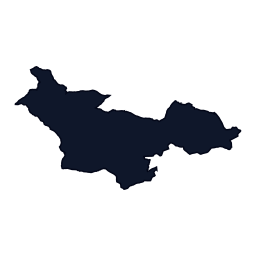 Sovarna, Mehedinti, Romania (orthographic projection)
{"feature_id": "2599482B60135611715563", "entity_name": "Sovarna", "entity_type": "district", "adm_level": 2, "iso_a3": "ROU", "parent_name": "Romania", "parent_adm1": "Mehedinti", "projection": "orthographic", "projection_center": [22.8, 44.85], "detail": "fine", "context": "isolated", "style": "filled", "palette": "ink", "viewbox_px": 256, "rotation_deg": 0, "n_neighbors": 0, "source": "geoboundaries", "source_scale": "gbopen_adm2", "svg_char_len": 5796}
<svg xmlns="http://www.w3.org/2000/svg" viewBox="0 0 256 256"><path d="M155.0,175.5L153.7,172.3L155.1,170.3L156.3,169.8L156.8,170.2L156.5,167.1L154.3,168.2L153.2,168.5L151.8,169.1L149.2,170.8L147.6,171.4L147.3,170.8L147.3,170.3L147.1,169.7L148.0,169.2L147.9,168.3L148.6,167.1L147.9,165.0L148.8,164.5L149.0,163.4L149.4,162.4L149.4,161.1L149.8,160.8L150.0,159.9L149.4,159.7L148.0,160.0L147.6,159.9L147.0,159.3L144.8,159.2L143.9,156.5L146.3,156.2L152.1,156.1L153.4,155.7L153.9,154.4L156.1,153.5L157.1,153.6L158.3,154.3L160.1,155.8L161.3,155.4L161.6,154.9L163.0,150.9L168.6,148.8L167.7,146.0L168.3,144.7L170.8,142.6L173.5,143.7L174.3,144.3L175.8,145.7L177.7,145.9L179.2,146.6L180.3,146.9L181.1,146.8L181.7,147.0L183.0,146.7L183.5,147.2L184.0,149.4L185.5,150.8L186.4,151.3L188.1,152.9L189.9,154.2L190.4,153.9L192.7,153.2L194.2,153.0L196.9,152.3L198.4,152.7L199.1,153.3L200.2,154.0L200.9,154.1L202.8,153.4L206.9,152.4L208.1,151.7L211.3,147.9L214.2,147.6L215.2,147.4L215.9,147.1L218.1,147.0L219.9,146.4L222.7,146.8L225.1,148.0L227.4,148.5L227.9,149.1L228.4,149.2L229.1,149.5L230.2,149.0L230.6,148.7L230.8,147.6L231.6,147.0L231.2,146.6L231.4,146.0L231.4,144.8L231.3,144.3L231.3,143.1L230.9,142.1L229.9,140.7L229.8,140.3L237.8,136.1L237.7,134.6L237.8,134.0L238.5,133.1L240.1,131.7L240.6,130.9L240.1,130.2L238.5,129.9L237.7,129.3L237.0,128.6L236.5,127.6L236.0,127.3L234.8,127.5L234.3,127.9L233.3,127.4L232.5,127.4L231.3,129.3L229.6,129.4L227.8,129.7L226.5,129.7L225.4,129.5L224.8,128.4L223.8,127.6L221.9,122.9L219.1,118.1L219.0,117.8L216.1,114.1L214.4,112.7L214.0,113.2L214.6,113.8L214.3,113.9L213.5,113.5L213.4,112.9L212.9,113.0L210.6,112.6L209.1,112.6L207.9,111.6L203.8,110.5L200.8,110.5L196.6,108.9L194.6,109.1L194.4,107.7L191.6,106.5L191.9,104.9L188.9,103.2L186.9,103.7L186.4,104.5L185.8,104.4L184.9,104.7L184.6,104.6L184.0,104.8L182.6,104.3L181.7,104.6L181.4,104.2L180.4,103.9L180.8,103.3L178.8,103.4L178.1,102.3L176.8,102.2L176.1,101.5L175.9,101.0L175.2,100.9L174.4,101.9L173.9,102.1L173.5,102.8L172.8,103.1L171.6,104.7L170.8,105.8L170.7,106.6L170.1,107.3L169.8,107.4L169.2,108.3L168.3,108.8L167.0,111.0L166.5,113.9L166.1,114.2L165.9,115.3L165.2,117.4L164.8,118.3L163.9,118.7L163.4,119.2L161.8,119.9L159.0,121.5L157.4,120.2L156.3,120.0L155.1,120.5L153.9,120.5L152.8,119.9L152.3,119.1L151.4,119.0L149.5,118.4L146.6,118.4L145.9,118.2L143.9,118.5L140.8,117.7L137.5,116.3L136.0,116.0L135.1,115.6L130.6,112.9L129.3,112.6L128.0,112.0L127.0,111.8L126.3,111.5L124.8,111.7L124.0,111.2L124.1,110.9L123.2,111.1L122.1,110.8L118.4,111.1L116.4,111.1L115.6,110.8L115.4,110.4L114.3,110.2L113.5,110.3L113.3,110.0L112.9,110.3L112.8,109.9L112.5,110.0L110.9,111.1L109.0,112.0L108.9,112.2L108.9,112.6L108.6,112.7L108.3,112.8L107.9,112.5L106.8,112.1L105.1,112.0L102.1,110.6L101.1,109.5L100.5,109.3L99.7,109.0L99.0,108.9L98.5,109.0L97.5,108.8L95.6,107.9L98.2,106.0L99.2,104.9L100.8,104.0L102.3,102.2L103.6,101.0L103.8,100.7L103.9,99.9L104.5,99.0L105.8,98.0L107.7,97.2L108.9,96.4L109.9,95.5L107.1,95.2L105.3,95.8L104.1,95.6L102.0,95.1L101.0,94.7L100.3,94.2L99.0,93.4L98.4,92.9L96.7,91.6L94.5,90.7L92.7,90.3L88.6,91.2L85.2,91.3L83.0,90.9L80.3,91.1L79.7,91.5L79.2,91.7L77.1,91.9L75.5,92.2L74.4,92.0L72.4,92.3L72.2,92.1L71.8,92.0L71.1,92.1L69.7,91.9L67.1,92.5L66.1,93.3L66.3,91.8L66.3,91.6L65.2,90.3L65.2,90.1L65.6,89.8L65.9,89.0L66.4,88.5L66.0,87.3L65.4,87.2L63.5,85.6L62.9,85.3L62.1,85.1L60.1,85.2L58.0,84.2L57.6,84.0L54.7,80.2L53.2,79.5L53.3,78.5L52.8,77.1L51.6,75.1L51.1,74.1L50.5,71.4L49.9,70.7L48.9,70.2L47.5,69.9L47.0,69.9L45.6,70.3L44.2,70.0L42.7,70.1L41.7,69.5L40.3,68.8L39.0,68.6L38.2,67.7L36.6,66.8L36.3,66.8L34.6,67.5L33.6,68.4L30.6,69.8L30.9,70.5L31.2,72.1L31.9,73.3L33.4,74.6L34.1,74.9L35.0,75.9L36.5,76.7L36.8,76.7L37.8,79.5L38.8,80.9L39.2,81.4L39.6,81.5L39.8,81.9L39.2,82.3L39.6,82.7L38.4,83.7L38.1,84.3L38.0,86.1L38.1,87.0L38.0,87.7L37.2,88.2L36.9,89.2L36.9,89.8L36.3,89.9L35.4,89.5L33.8,89.6L32.0,89.5L31.3,89.8L30.6,89.7L29.8,90.1L29.5,90.5L29.2,92.2L28.6,92.7L28.6,93.2L28.2,93.3L28.2,93.6L28.1,94.1L26.7,95.0L24.4,97.4L23.2,97.8L18.9,100.6L17.9,101.9L17.4,102.3L17.2,102.7L15.7,103.6L15.4,104.0L15.4,104.4L17.8,104.5L18.5,104.4L19.0,104.1L21.2,103.4L22.1,103.6L23.4,104.6L24.0,104.8L25.7,104.7L26.4,104.9L27.3,106.5L28.9,108.0L28.9,109.8L29.3,110.4L30.2,112.4L32.1,113.6L32.4,113.9L32.5,114.2L32.9,114.5L34.5,115.1L34.9,115.7L35.3,116.0L37.3,115.9L37.6,116.1L39.6,118.6L40.6,120.3L40.9,120.7L43.2,121.5L43.5,121.8L44.1,123.3L44.2,124.0L44.7,124.5L45.5,125.1L46.7,125.3L47.6,125.8L48.0,125.8L48.6,126.0L50.1,127.7L50.4,128.5L50.3,129.0L51.7,129.8L52.6,130.1L54.7,131.3L56.8,133.5L58.1,135.3L58.9,135.9L60.8,138.9L61.0,139.8L61.0,140.8L61.4,141.7L61.4,142.5L61.1,144.5L60.6,145.2L60.2,146.5L59.6,146.8L59.6,147.0L61.1,150.2L62.4,151.2L63.8,151.7L63.9,152.1L64.9,152.5L65.2,152.8L64.3,153.2L65.2,155.0L64.9,156.0L64.0,157.6L62.9,158.8L62.1,161.0L61.8,163.2L61.9,164.7L61.6,165.5L61.6,166.0L62.2,168.4L63.5,168.6L64.6,168.3L65.7,168.4L67.5,168.2L72.0,169.4L76.2,169.6L77.1,169.9L77.7,170.4L78.9,170.5L79.8,171.1L80.7,170.8L82.7,171.1L83.7,171.6L86.8,171.8L88.0,172.1L90.1,172.2L90.3,172.4L91.2,172.3L91.7,172.4L91.9,172.2L92.9,172.0L93.2,171.7L93.8,171.6L95.1,171.2L96.4,171.2L97.7,170.6L98.4,170.6L99.5,169.8L100.4,169.7L101.0,169.2L103.9,168.3L104.3,168.6L105.2,168.4L105.7,168.8L105.9,168.7L108.0,170.6L109.7,171.7L113.7,173.8L115.7,175.3L116.6,176.6L116.7,178.9L116.6,179.7L116.7,180.5L116.9,181.0L116.8,181.7L120.4,183.5L120.9,185.4L121.0,187.1L121.3,187.4L123.5,188.4L123.6,188.7L124.0,189.2L125.2,189.0L127.6,188.2L129.2,186.3L130.2,185.7L131.6,185.4L132.0,185.1L133.2,184.9L136.1,183.3L137.8,182.9L139.3,182.8L140.3,182.4L142.1,182.0L143.2,181.6L144.2,180.5L147.9,180.7L150.5,180.6L151.7,177.9L152.4,176.9L153.0,176.6L154.0,176.3L155.0,175.5Z" fill="#0f172a" stroke="#020617" stroke-width="1.5"/></svg>